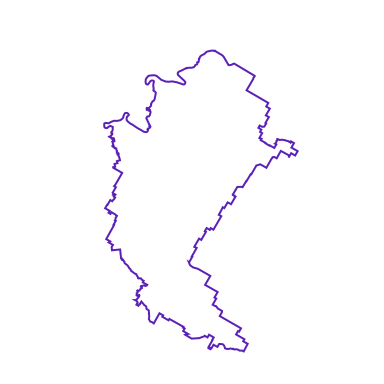 Ipswich, Queensland, Australia (Albers equal-area conic projection), rotated 291°
{"feature_id": "25037944B52648858671508", "entity_name": "Ipswich", "entity_type": "district", "adm_level": 2, "iso_a3": "AUS", "parent_name": "Australia", "parent_adm1": "Queensland", "projection": "albers", "projection_center": [152.701, -27.678], "detail": "fine", "context": "isolated", "style": "outline", "palette": "violet", "viewbox_px": 384, "rotation_deg": 291, "n_neighbors": 0, "source": "geoboundaries", "source_scale": "gbopen_adm2", "svg_char_len": 5993}
<svg xmlns="http://www.w3.org/2000/svg" viewBox="0 0 384 384"><g transform="rotate(291 192 192)"><path d="M226.3,89.7L225.6,86.7L224.7,85.7L224.1,85.6L221.4,86.8L220.8,87.9L221.0,89.4L221.5,90.0L222.3,90.3L224.4,91.9L224.4,94.7L221.5,95.7L219.8,95.7L219.1,95.2L218.3,95.4L218.0,95.7L218.0,96.7L217.0,96.8L214.7,95.8L214.0,94.9L213.7,95.6L213.9,97.1L213.0,97.8L213.0,98.4L212.8,98.7L214.0,98.9L214.1,99.7L213.9,100.0L211.8,101.4L211.2,101.0L211.4,100.3L210.7,99.8L210.6,100.4L209.6,100.2L206.8,102.4L206.7,101.2L206.4,101.1L206.0,101.5L205.8,103.8L205.2,104.1L205.6,105.3L205.5,105.8L204.4,106.1L203.9,106.9L203.3,107.4L202.9,107.2L201.8,107.7L202.0,108.7L201.9,109.0L201.5,108.7L201.1,109.0L200.4,108.9L200.2,109.3L200.5,110.0L199.8,110.0L199.0,111.1L198.7,111.2L197.6,112.2L195.8,113.4L193.9,110.8L192.2,112.1L190.4,109.6L188.1,111.2L186.9,109.5L186.4,109.8L184.8,120.0L171.1,117.8L169.6,117.2L169.2,119.2L162.9,118.2L162.4,119.3L161.3,119.2L161.7,120.4L162.3,120.6L162.1,121.5L161.3,121.2L161.4,120.9L161.1,120.4L160.7,120.2L159.6,120.5L159.3,122.2L157.4,121.9L156.7,121.4L154.8,120.8L155.2,118.6L149.7,117.7L149.7,117.4L145.7,116.7L144.9,121.9L142.7,121.5L142.3,123.7L144.3,124.0L143.5,128.6L143.0,129.4L142.9,130.4L141.7,130.4L140.9,129.9L139.0,130.4L137.8,130.2L137.7,131.2L133.2,130.5L133.2,131.1L117.3,128.8L116.6,133.3L115.1,132.3L114.3,137.2L111.9,136.7L108.9,138.2L112.6,145.5L104.4,149.7L104.3,150.0L104.6,150.4L103.5,151.1L103.5,151.4L104.2,151.5L104.0,152.0L103.0,153.2L102.8,153.8L101.8,154.3L101.3,154.9L100.6,157.5L99.9,158.9L98.3,160.8L97.9,162.2L96.7,163.1L95.4,167.6L95.3,169.5L94.9,169.6L93.1,172.0L92.2,172.5L92.2,173.3L92.8,174.1L93.0,175.4L92.9,175.8L92.2,176.2L91.8,178.7L90.0,178.4L89.3,183.5L88.6,183.3L87.7,182.4L87.4,180.4L86.0,178.2L85.5,178.0L85.2,178.2L85.0,179.3L84.4,179.7L83.0,178.6L81.1,178.3L80.6,177.4L80.7,176.5L80.1,176.2L79.1,177.2L78.4,177.2L77.7,176.6L76.6,177.2L75.6,177.3L75.5,178.0L76.3,178.5L76.8,179.1L76.9,179.7L76.7,179.9L75.5,180.1L71.9,178.9L71.1,178.3L70.7,177.5L70.5,179.3L69.5,180.8L66.9,180.5L66.6,182.8L68.6,183.1L68.6,183.6L71.6,184.0L69.3,188.1L69.0,189.7L68.4,190.5L67.1,191.1L66.4,191.7L66.3,192.9L65.9,194.1L63.3,195.4L62.9,195.3L61.8,196.1L60.1,196.8L58.0,197.2L56.1,199.4L56.2,201.2L55.6,203.4L67.1,205.1L66.5,209.3L64.9,209.0L63.8,216.1L65.4,216.4L63.0,232.5L62.1,232.3L61.9,234.1L59.0,233.6L58.1,239.2L57.2,237.7L56.3,236.8L55.0,244.2L58.1,251.0L61.8,255.3L62.3,255.4L61.8,258.6L64.9,259.1L64.0,264.4L61.0,263.9L60.9,264.2L53.3,263.0L53.3,263.6L52.1,263.4L51.8,265.4L53.0,265.6L53.0,266.2L57.1,266.8L56.5,271.3L59.8,271.8L60.2,272.7L60.9,275.3L60.2,276.8L59.2,277.9L57.9,278.8L57.9,280.6L58.6,282.4L59.7,284.0L60.0,286.5L60.4,286.6L60.2,288.1L61.0,289.5L61.2,290.3L61.3,291.4L61.0,293.4L61.9,295.7L61.7,297.4L70.2,298.4L71.0,293.3L73.3,293.7L74.8,284.2L78.7,284.8L78.5,286.0L82.3,286.6L86.1,262.4L90.5,263.0L91.7,262.7L92.5,257.7L93.0,257.2L94.1,255.1L93.8,254.3L94.2,251.7L101.2,252.8L101.5,250.8L107.8,251.8L110.0,237.5L120.2,239.2L122.4,225.1L122.0,219.8L123.0,216.4L125.4,214.1L125.3,214.5L131.6,215.5L131.6,214.9L141.5,216.4L141.6,213.8L151.0,215.3L150.6,217.8L159.8,219.3L160.0,218.0L163.6,218.6L163.0,222.2L165.0,222.4L164.5,225.5L179.9,228.0L180.3,225.2L184.6,225.8L188.8,226.2L188.5,227.9L195.1,229.0L194.6,232.8L203.0,234.2L202.8,233.6L203.9,233.1L203.7,232.5L203.7,231.6L204.0,231.0L213.0,232.5L214.6,236.6L214.6,237.5L221.6,238.7L221.5,239.0L229.7,240.4L229.7,241.0L239.8,242.6L242.3,245.8L241.3,252.8L252.0,254.4L252.4,254.8L253.4,254.8L254.2,256.0L253.8,259.0L262.2,260.2L260.9,269.6L258.8,269.9L263.8,270.7L263.0,275.2L268.0,276.0L269.1,268.9L274.2,269.7L274.7,266.6L273.5,266.4L274.2,265.4L273.6,264.9L274.0,264.0L273.6,261.2L273.8,260.1L273.3,259.1L273.2,257.6L271.9,255.0L272.2,253.3L271.9,252.6L270.8,253.0L270.2,252.6L269.9,252.9L267.5,252.6L266.9,252.2L266.7,253.7L262.6,253.0L263.4,247.8L263.0,247.7L263.8,243.1L264.2,243.1L265.0,237.7L266.5,237.9L266.4,237.1L266.7,236.8L266.5,236.3L266.8,236.2L266.7,235.6L272.1,236.4L272.5,234.0L275.1,234.4L275.7,231.0L278.3,231.4L278.0,234.3L279.0,236.1L282.6,236.7L282.8,235.8L289.5,236.9L290.0,233.5L297.7,234.8L298.4,230.7L302.5,231.3L306.5,206.5L319.8,208.7L320.6,208.4L322.6,209.1L322.9,208.9L327.0,185.4L326.2,184.3L325.1,183.5L323.8,181.5L323.6,180.6L329.2,173.6L330.0,172.4L330.6,170.7L331.7,164.1L332.2,162.9L331.5,162.2L331.7,161.2L330.5,158.7L328.4,155.7L327.7,155.1L325.6,154.3L322.7,151.8L321.5,151.1L319.3,151.0L319.0,150.7L318.0,151.3L317.5,151.1L315.8,151.5L315.6,151.1L314.8,150.4L314.4,150.9L313.0,151.0L311.7,149.6L310.4,149.5L309.3,149.0L308.0,147.4L306.8,144.3L305.5,142.6L305.7,142.3L302.2,139.2L299.7,136.7L298.5,136.1L297.3,136.2L296.2,137.1L293.2,144.7L292.3,146.3L291.3,146.7L290.3,146.5L289.6,146.1L289.3,145.5L289.0,138.3L288.6,136.7L288.6,135.8L287.9,133.3L286.5,130.6L285.7,127.8L285.7,123.2L287.4,118.3L287.7,116.9L287.5,114.9L286.0,111.7L284.8,109.7L282.0,108.7L280.6,108.5L278.4,109.1L276.9,109.9L276.4,110.6L276.3,111.2L276.4,112.0L276.9,112.5L280.2,113.3L281.4,114.0L282.0,115.4L282.0,116.2L281.7,116.7L281.1,117.0L279.5,117.1L277.4,117.7L274.3,119.4L273.2,119.4L272.7,120.0L272.4,121.6L271.9,122.4L271.2,122.8L265.5,123.8L263.7,123.7L262.7,122.8L259.9,122.2L259.0,122.3L258.5,122.8L257.9,122.9L255.3,121.8L254.6,121.0L254.3,119.7L253.6,119.7L252.4,120.4L252.4,120.7L253.1,121.5L253.7,123.0L253.6,123.3L253.3,123.5L252.4,123.2L252.3,124.3L251.8,124.7L248.8,125.1L247.3,124.8L246.3,123.1L244.6,122.9L243.6,123.8L243.2,124.5L242.3,125.1L241.4,126.4L240.1,127.2L240.0,127.7L239.3,128.2L239.2,128.8L238.2,128.6L237.9,129.8L236.4,129.4L235.5,128.2L234.6,128.0L234.3,128.7L233.8,128.9L232.2,128.6L231.3,127.5L231.0,125.2L231.6,122.2L232.1,118.4L233.7,111.5L233.7,110.2L234.9,106.6L235.8,105.2L237.4,104.5L239.1,104.4L241.0,105.4L241.6,105.3L242.3,104.3L242.5,103.1L242.1,101.8L241.4,101.1L239.0,100.8L236.5,101.1L235.3,100.6L233.4,99.4L231.6,96.7L230.5,93.6L228.2,91.1L226.3,89.7Z" fill="none" stroke="#5b21b6" stroke-width="2"/></g></svg>